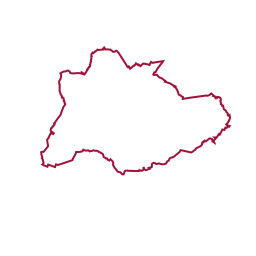 Zináparo, Michoacán, Mexico, rotated 301°
{"feature_id": "50627088B92928656414913", "entity_name": "Zináparo", "entity_type": "district", "adm_level": 2, "iso_a3": "MEX", "parent_name": "Mexico", "parent_adm1": "Michoacán", "projection": "orthographic", "projection_center": [-102.009, 20.178], "detail": "fine", "context": "isolated", "style": "outline", "palette": "rose", "viewbox_px": 256, "rotation_deg": 301, "n_neighbors": 0, "source": "geoboundaries", "source_scale": "gbopen_adm2", "svg_char_len": 5699}
<svg xmlns="http://www.w3.org/2000/svg" viewBox="0 0 256 256"><g transform="rotate(301 128 128)"><path d="M203.4,123.6L198.4,117.7L196.4,115.3L196.5,113.7L193.0,113.9L192.8,112.4L191.9,110.0L191.8,109.8L191.8,109.3L191.2,108.4L190.9,107.7L190.3,107.5L187.5,106.9L187.9,104.6L187.1,104.5L187.5,101.6L186.8,101.7L186.6,101.5L185.6,101.5L185.0,101.3L184.5,101.3L184.3,101.0L184.3,100.7L182.7,100.2L179.9,99.3L180.8,98.0L181.2,97.0L180.1,96.8L180.1,96.2L182.0,92.5L183.7,89.1L185.3,85.8L187.6,81.2L187.7,80.6L188.3,79.1L188.2,78.0L186.6,77.2L185.7,76.3L186.1,72.5L184.2,68.8L183.8,68.3L184.7,66.1L183.0,65.8L182.5,66.4L179.3,61.8L179.4,61.5L176.8,60.7L176.8,60.4L174.4,59.8L174.5,58.9L172.3,58.6L172.1,58.8L171.4,59.3L170.7,59.6L170.7,60.0L170.0,60.1L169.2,60.4L168.4,61.1L167.6,61.1L166.4,61.5L166.1,62.1L165.7,62.2L164.5,62.2L163.9,62.7L162.5,62.8L162.2,63.2L162.0,63.3L161.9,63.5L161.2,63.5L159.8,63.4L159.8,63.1L159.0,63.1L157.2,62.9L157.2,63.3L156.2,63.2L154.5,63.3L152.3,63.2L151.3,63.0L151.4,62.4L151.4,61.7L151.5,61.1L151.9,61.1L151.8,59.8L150.8,60.5L150.2,58.4L149.6,57.5L148.9,56.1L147.1,53.8L146.2,52.2L145.7,51.2L145.5,50.0L146.0,49.6L146.3,49.0L146.4,48.0L146.4,47.2L145.9,46.4L145.2,45.9L144.5,45.5L143.9,44.8L143.5,44.0L142.8,43.5L141.2,42.5L140.0,41.9L139.5,42.7L139.0,43.3L138.5,43.7L137.5,44.2L135.3,44.9L135.0,44.9L133.1,44.9L132.6,44.9L132.1,45.1L130.8,46.2L130.7,46.3L130.4,46.3L130.2,46.5L130.1,47.0L129.9,47.2L129.6,47.4L129.3,47.5L129.1,47.8L128.2,48.1L127.8,48.3L127.6,48.5L127.0,48.8L126.0,49.5L125.2,49.8L124.3,50.6L124.0,51.1L123.5,51.6L122.8,52.1L121.8,53.8L121.6,54.1L121.3,54.9L120.9,55.1L120.5,55.2L120.0,55.8L120.6,56.9L120.6,57.1L118.9,58.7L118.2,58.8L118.1,59.7L117.7,60.1L116.8,60.7L116.6,61.0L116.5,61.6L115.8,62.1L113.2,61.8L112.2,61.9L110.9,62.1L104.3,63.4L100.0,62.9L97.7,62.7L96.0,62.6L95.6,62.6L95.3,62.7L94.4,62.4L93.8,62.3L93.3,62.8L93.5,63.1L93.0,63.3L90.7,62.9L90.6,62.6L89.0,62.7L88.8,62.4L87.7,62.3L86.1,62.9L85.7,63.3L85.6,63.9L85.5,65.1L85.3,67.0L84.3,67.0L83.7,64.5L83.1,64.5L79.3,64.8L78.7,65.1L77.7,64.8L77.0,64.8L76.3,64.7L71.2,68.9L64.0,67.9L63.5,66.8L62.6,66.0L60.6,67.4L58.8,69.6L57.6,69.8L57.3,70.9L54.5,73.7L53.7,73.5L53.1,73.5L52.6,73.4L52.6,74.7L52.7,75.7L53.0,76.7L53.1,77.7L53.3,78.9L55.5,78.4L56.0,80.8L56.7,84.4L57.0,85.6L59.7,85.0L60.3,87.0L61.9,88.5L71.8,96.9L74.2,96.5L78.3,96.4L79.6,96.3L80.3,96.1L80.8,95.9L83.0,99.5L83.6,99.8L84.5,100.9L84.9,100.9L85.6,101.2L86.1,100.8L86.4,100.8L86.5,101.3L86.5,102.0L86.7,103.1L87.3,104.1L87.9,104.8L88.1,105.3L88.5,105.8L88.2,107.2L88.6,107.4L89.3,108.5L90.9,109.8L91.1,109.9L91.4,110.7L91.5,111.5L92.3,112.7L92.7,113.9L92.5,114.6L92.5,115.4L92.7,116.5L92.8,119.2L92.5,120.2L90.7,122.0L90.6,124.3L90.5,124.9L90.9,125.2L91.2,125.8L90.5,126.8L90.4,127.3L90.3,127.8L90.5,128.7L92.2,129.0L91.5,132.0L90.8,133.1L90.6,133.3L88.5,134.3L87.0,137.1L86.5,138.5L86.2,139.4L86.1,139.7L85.3,141.4L85.5,142.2L85.7,143.3L86.1,144.5L86.1,144.8L85.9,145.2L85.7,145.6L85.4,146.6L85.3,146.9L85.4,147.2L85.7,147.7L86.1,148.1L89.2,147.5L89.8,147.7L90.3,148.1L90.6,148.5L91.1,149.2L91.4,150.0L92.0,151.3L92.8,152.5L93.1,153.4L93.3,153.7L93.5,153.8L95.0,156.7L95.9,158.2L96.8,159.5L97.6,159.4L97.5,159.8L97.7,160.3L98.3,161.0L98.4,161.4L98.5,162.0L99.1,162.4L99.9,162.6L100.8,162.7L101.6,161.8L101.9,161.8L102.1,162.0L101.8,162.5L101.1,163.1L100.9,164.7L101.6,165.5L102.5,166.2L103.4,166.7L104.1,167.6L104.4,167.7L104.6,166.5L106.7,168.4L107.5,168.2L108.1,167.8L109.0,167.2L110.0,167.1L110.6,167.4L111.1,167.7L111.4,167.9L111.8,169.2L111.7,170.6L111.8,171.1L113.4,172.6L113.7,173.1L113.8,173.5L113.8,174.1L114.0,174.8L114.5,176.0L115.0,177.0L117.2,179.0L119.0,178.8L119.7,178.9L121.0,179.7L123.1,179.4L124.1,179.6L124.6,180.1L125.1,180.7L126.6,181.8L126.7,182.0L134.2,184.6L136.1,184.5L137.1,187.3L139.2,193.7L139.6,194.9L141.1,195.6L142.9,196.3L143.6,196.7L144.5,196.9L145.4,196.9L146.3,197.2L148.8,198.9L149.9,199.6L151.9,200.0L152.3,199.9L153.1,199.4L153.9,199.8L154.6,200.0L154.6,199.4L156.8,200.3L156.6,201.6L160.7,203.1L161.0,203.5L161.4,203.9L161.6,204.7L161.8,205.9L160.8,206.8L160.4,207.0L161.7,208.1L164.3,208.6L164.5,207.1L165.6,208.8L166.3,208.9L168.5,209.0L168.9,209.3L169.1,209.7L169.5,210.0L169.7,209.3L169.8,209.1L170.2,209.3L170.3,209.4L170.3,209.9L171.2,210.0L173.1,209.9L175.3,209.7L175.3,209.9L175.6,210.4L175.9,211.6L178.5,211.3L178.6,212.3L179.1,212.5L179.9,212.5L180.6,213.3L181.3,213.5L181.4,214.1L182.1,214.0L182.0,213.7L181.5,211.6L181.6,210.4L182.3,210.4L182.5,210.5L183.3,210.8L183.9,210.7L184.7,210.8L185.7,210.8L187.5,210.6L189.1,210.3L190.6,209.2L190.7,208.8L191.1,208.5L190.7,208.4L190.8,207.7L190.2,207.5L190.2,207.3L190.5,206.7L190.8,206.6L191.3,206.5L191.5,206.4L191.8,206.0L192.5,204.1L193.0,203.3L193.5,202.1L193.4,201.6L193.4,200.7L193.8,200.1L196.1,198.1L196.1,197.4L195.8,197.2L196.1,197.0L196.3,195.4L196.5,195.4L196.9,195.2L197.2,194.8L197.2,194.7L197.9,194.3L198.1,194.1L198.3,193.8L198.5,193.3L198.9,193.2L199.2,193.2L200.0,193.0L200.8,192.4L201.0,192.3L201.2,191.7L201.4,191.5L201.2,191.2L201.3,190.1L200.9,188.9L199.4,188.7L199.8,187.7L198.8,187.5L199.9,185.9L199.5,184.9L199.8,185.0L200.5,181.6L198.2,180.8L197.6,180.4L196.3,179.1L196.2,178.9L196.2,178.4L185.7,165.3L181.2,160.0L182.8,159.3L182.7,157.0L183.0,156.3L182.8,154.3L185.6,151.0L187.1,148.2L187.2,146.1L187.8,146.2L188.0,146.4L187.9,144.9L187.9,143.0L187.9,142.1L188.0,141.9L187.9,141.0L187.2,138.1L186.7,135.9L187.5,136.0L187.8,132.7L188.0,131.4L187.5,128.6L188.2,126.2L188.5,125.3L187.4,123.8L186.9,122.8L186.7,122.6L186.8,122.2L189.1,121.8L190.1,122.9L193.8,122.6L201.8,123.6L203.4,123.6ZM160.4,207.0L160.0,207.8L159.9,209.7L160.0,209.6L160.4,207.0Z" fill="none" stroke="#9f1239" stroke-width="2"/></g></svg>